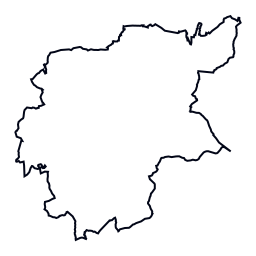 outline of Ticleni, Gorj, Romania
{"feature_id": "2599482B86520086133698", "entity_name": "Ticleni", "entity_type": "district", "adm_level": 2, "iso_a3": "ROU", "parent_name": "Romania", "parent_adm1": "Gorj", "projection": "albers", "projection_center": [23.405, 44.879], "detail": "fine", "context": "isolated", "style": "outline", "palette": "ink", "viewbox_px": 256, "rotation_deg": 0, "n_neighbors": 0, "source": "geoboundaries", "source_scale": "gbopen_adm2", "svg_char_len": 5688}
<svg xmlns="http://www.w3.org/2000/svg" viewBox="0 0 256 256"><path d="M86.0,239.0L86.2,238.6L85.4,237.3L85.5,236.4L84.9,236.0L84.9,235.3L84.1,234.8L84.3,234.0L84.8,233.4L84.8,232.6L84.6,232.5L84.7,232.0L85.3,231.8L86.6,230.1L88.7,230.8L89.8,230.6L92.0,230.9L93.4,231.8L94.7,231.6L96.7,233.0L98.1,233.4L99.1,231.7L100.7,229.8L109.1,221.0L109.6,220.9L109.7,220.4L111.9,220.2L114.2,218.1L115.1,217.7L115.9,220.1L115.7,221.2L116.2,222.3L115.6,224.4L115.7,226.8L115.9,227.8L117.9,230.2L118.3,231.3L118.9,230.9L119.5,229.8L120.0,229.3L124.9,228.0L129.0,227.8L130.2,227.0L133.0,224.5L134.1,224.3L136.2,223.1L141.1,221.4L144.9,218.8L149.3,218.1L150.3,217.4L151.4,216.0L152.5,213.7L152.1,213.5L152.2,211.3L150.6,208.5L149.8,205.9L148.0,203.5L148.1,202.1L148.9,201.1L149.9,197.1L150.5,196.0L151.0,193.5L152.0,192.5L154.8,188.6L154.8,184.5L154.5,183.6L149.9,179.2L149.0,176.3L151.7,175.6L152.5,174.6L153.0,173.1L155.9,171.8L157.0,170.7L157.7,169.3L156.8,168.4L156.2,165.8L157.5,165.5L159.1,162.4L159.7,161.8L161.1,158.3L161.5,157.9L163.7,157.7L165.0,157.0L168.5,156.5L171.6,157.1L176.2,156.4L179.2,156.3L182.3,157.8L184.0,158.0L185.2,159.9L187.3,160.8L190.6,160.4L192.8,159.7L195.7,160.3L197.3,159.9L198.7,159.0L199.8,156.9L203.6,152.5L204.6,151.9L206.3,151.3L208.1,151.2L215.5,153.4L216.9,153.2L217.6,152.8L220.1,150.0L221.6,147.6L222.4,147.1L224.2,147.0L230.7,151.4L219.0,142.5L216.1,138.3L213.3,135.1L213.6,134.7L213.6,134.2L211.3,131.5L210.8,129.4L209.2,126.0L207.7,121.4L207.0,120.2L205.9,119.4L202.7,115.8L201.5,115.0L200.8,114.0L199.0,112.9L196.4,112.8L192.6,111.7L190.5,111.8L190.5,111.2L190.1,111.0L190.5,110.5L190.7,107.6L191.2,107.1L190.2,106.4L191.9,104.0L197.1,100.4L197.0,99.2L195.9,98.7L195.1,96.3L193.1,95.7L192.1,94.5L195.8,90.2L197.0,86.3L197.1,85.3L196.9,84.9L198.2,81.9L198.7,79.6L199.3,79.3L199.1,75.9L198.8,75.1L198.7,74.0L198.0,72.9L198.1,72.1L198.7,71.5L198.6,71.2L213.3,72.6L213.6,71.4L214.3,70.8L214.3,70.2L216.0,69.4L216.6,68.8L216.7,68.1L219.8,66.9L221.3,65.8L222.9,65.6L224.7,63.7L227.3,62.3L228.5,59.0L230.0,57.7L233.0,57.2L233.4,56.7L233.5,55.0L234.2,53.4L234.3,51.9L234.1,50.4L233.5,49.2L233.9,48.1L233.4,47.0L233.2,44.1L233.6,43.0L233.5,41.9L234.5,39.3L236.5,35.7L236.5,34.4L236.8,33.0L236.5,32.1L236.6,29.7L236.0,26.7L236.9,25.5L240.6,22.7L239.3,19.8L239.3,17.9L238.4,17.8L237.8,20.5L237.5,21.0L235.1,19.4L232.0,18.2L230.4,16.1L227.2,17.1L225.5,18.2L224.2,18.5L223.7,19.5L223.6,22.0L219.8,24.3L217.6,26.9L212.2,30.8L210.1,33.0L209.7,33.4L208.7,32.5L208.1,33.2L207.4,33.5L206.2,32.8L205.9,33.7L206.3,34.9L204.9,35.6L202.6,35.9L200.8,35.8L200.1,34.9L199.0,34.7L199.1,33.7L199.6,33.3L199.5,31.7L200.0,30.5L199.5,28.9L200.2,28.2L200.4,27.3L200.2,26.9L201.2,25.4L201.5,24.2L200.8,23.4L199.5,23.1L199.3,23.5L198.9,23.4L197.8,25.7L197.4,28.5L196.8,28.9L196.9,29.9L196.5,30.4L195.9,33.2L195.6,33.4L195.4,35.1L194.3,35.0L193.9,37.3L191.4,37.0L191.4,42.6L191.0,44.4L190.3,44.2L188.1,38.9L188.0,39.3L188.3,40.5L187.5,40.5L187.2,38.7L186.4,37.1L186.3,35.1L186.5,34.1L187.1,33.9L187.1,33.1L186.3,32.7L186.2,31.4L185.3,30.4L180.6,31.7L178.9,31.4L178.8,31.9L179.1,32.3L179.0,32.6L177.8,33.1L164.8,30.7L161.4,27.9L155.3,24.2L154.2,25.2L152.2,26.1L151.2,25.5L150.7,24.6L150.2,24.6L147.2,26.7L147.8,27.1L147.8,27.5L144.1,26.3L142.7,26.3L142.4,25.9L142.9,25.3L141.5,25.3L140.5,25.8L132.4,25.6L126.9,26.0L124.3,26.5L123.6,26.2L123.3,28.8L124.7,29.2L124.6,29.6L123.9,29.9L122.5,32.1L121.8,32.3L120.9,34.0L121.1,35.0L120.1,34.9L120.0,35.4L120.3,35.8L119.0,36.9L118.9,40.5L118.0,40.5L117.4,41.4L115.1,41.5L113.6,41.1L112.9,41.3L113.1,42.6L112.8,43.5L112.3,43.5L111.2,44.7L108.6,46.1L107.2,47.3L107.7,47.5L108.0,48.1L107.8,49.5L105.3,49.8L100.6,49.5L98.4,50.0L93.7,49.9L91.0,49.3L87.9,50.5L86.7,49.4L82.9,48.8L81.1,47.3L79.7,47.0L73.4,48.2L71.2,50.1L69.1,49.4L60.9,50.0L54.5,52.0L50.5,52.7L49.1,55.2L48.2,56.1L47.8,57.7L47.6,60.8L47.8,61.9L47.6,62.8L45.3,65.0L44.9,65.1L44.3,64.4L43.9,64.7L44.1,65.4L45.4,66.9L44.9,67.7L45.6,67.9L45.9,68.5L46.2,69.6L46.0,70.8L46.2,73.0L45.2,73.5L43.2,69.6L42.3,70.0L40.6,71.0L38.9,73.1L38.0,73.3L36.7,74.3L32.7,79.0L31.1,79.3L32.1,82.0L34.0,84.9L35.3,85.6L37.0,87.2L40.2,88.5L41.6,88.7L42.8,89.8L42.0,90.3L42.7,92.4L41.4,94.7L40.5,97.1L41.8,100.9L42.5,102.2L42.5,102.7L43.2,102.9L44.2,104.4L41.1,105.8L38.9,106.1L38.7,107.9L37.2,108.0L36.9,108.4L35.8,108.6L34.4,107.8L32.7,107.5L31.7,108.2L27.0,107.5L24.6,110.0L24.1,111.8L23.5,117.0L23.1,118.3L21.0,119.7L18.6,121.9L18.0,124.5L18.5,128.3L17.3,130.1L17.1,129.7L17.1,130.4L16.0,131.2L15.4,132.2L16.7,136.7L20.8,138.2L22.3,140.9L21.3,140.7L18.3,151.3L18.8,152.6L18.6,154.3L19.0,157.0L17.5,159.1L16.7,159.3L16.2,160.0L16.1,161.2L16.4,161.7L16.9,161.7L18.8,161.0L20.1,162.5L23.6,161.6L24.1,165.5L24.5,176.3L27.2,174.6L29.3,172.1L30.6,168.1L31.9,166.0L32.6,166.1L34.6,168.2L37.9,169.0L39.5,168.1L38.7,166.6L38.1,166.0L38.1,165.4L38.4,164.9L40.7,164.2L41.3,164.5L42.1,166.0L43.5,167.3L44.2,166.9L44.9,165.5L45.7,166.5L44.3,168.0L42.9,168.1L41.9,167.0L40.3,167.7L40.2,168.4L39.9,168.6L40.8,173.4L44.8,171.6L48.0,171.8L47.7,172.9L47.9,176.2L47.5,179.1L47.6,181.4L49.0,183.5L49.5,185.9L49.3,187.2L49.6,188.8L51.0,191.0L52.1,193.5L54.1,195.9L54.7,198.1L52.5,198.9L48.9,200.9L45.0,201.9L44.7,204.0L45.2,207.0L45.1,208.0L44.5,209.3L47.0,211.0L48.5,213.6L48.7,215.6L50.2,215.9L53.0,217.2L54.7,217.3L56.3,218.0L58.6,217.1L59.5,215.9L60.4,215.9L61.0,215.4L62.7,215.1L63.7,215.4L64.7,215.2L65.2,214.8L65.4,214.0L66.5,212.9L66.6,212.1L67.5,211.8L72.7,216.4L75.4,221.2L75.0,223.3L75.3,224.2L75.1,226.6L75.3,227.5L74.8,229.5L75.2,230.8L75.2,232.0L74.7,232.7L74.9,234.7L75.3,235.2L75.3,235.9L75.8,237.5L75.6,238.9L75.8,239.9L80.2,237.9L81.6,237.6L82.9,237.7L86.0,239.0Z" fill="none" stroke="#020617" stroke-width="2"/></svg>